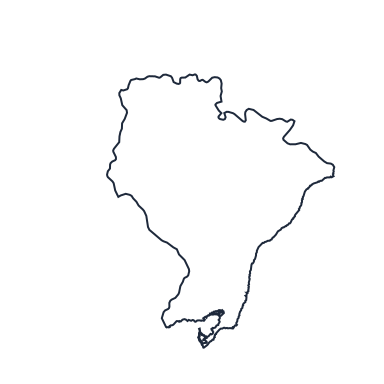 Baní, Peravia, Dominican Republic (Natural Earth projection), rotated 310°
{"feature_id": "3306468B54911085338541", "entity_name": "Baní", "entity_type": "district", "adm_level": 2, "iso_a3": "DOM", "parent_name": "Dominican Republic", "parent_adm1": "Peravia", "projection": "natural_earth1", "projection_center": [-70.434, 18.349], "detail": "fine", "context": "isolated", "style": "outline", "palette": "slate", "viewbox_px": 384, "rotation_deg": 310, "n_neighbors": 0, "source": "geoboundaries", "source_scale": "gbopen_adm2", "svg_char_len": 6023}
<svg xmlns="http://www.w3.org/2000/svg" viewBox="0 0 384 384"><g transform="rotate(310 192 192)"><path d="M71.9,258.9L72.0,259.5L72.3,259.5L73.4,261.3L74.1,261.7L74.5,261.0L75.1,261.0L75.4,261.5L76.3,261.5L76.9,262.3L78.3,263.0L83.2,263.2L84.3,264.5L84.3,265.5L85.2,265.5L85.6,266.6L88.1,266.8L89.7,267.9L90.3,269.2L90.3,271.5L91.9,271.7L92.8,274.1L94.3,274.7L94.8,275.6L94.6,277.7L95.0,278.2L97.0,278.6L98.8,280.7L99.2,281.8L100.1,282.2L101.0,283.9L102.4,283.9L102.6,281.8L105.0,282.4L105.0,283.9L106.8,283.3L107.5,283.9L108.2,283.7L108.6,284.6L109.5,284.6L110.1,285.4L110.4,285.4L110.1,284.8L110.1,284.2L110.4,283.9L111.0,284.6L112.6,284.8L113.3,285.7L114.2,285.7L114.2,286.1L115.7,286.5L117.5,288.4L118.6,288.4L119.5,289.3L120.0,290.8L120.9,291.0L120.8,291.9L118.8,292.1L118.9,292.9L120.4,293.4L119.8,294.2L116.0,293.8L115.5,292.9L115.7,290.4L115.3,290.2L114.9,288.7L113.9,288.0L113.3,287.2L111.7,286.3L111.5,286.9L112.6,287.6L114.6,290.4L114.6,292.1L115.3,292.5L115.3,292.9L114.4,292.9L114.2,293.6L112.9,294.6L111.1,294.6L110.6,296.4L109.9,296.8L107.9,297.0L107.0,297.6L105.5,296.6L103.2,297.0L101.5,295.9L101.3,295.3L99.5,294.9L99.0,295.7L99.3,296.6L98.6,297.2L98.4,298.3L96.8,298.9L95.5,298.5L95.2,297.4L92.1,297.4L90.8,296.8L90.6,295.7L89.9,295.1L90.1,293.4L89.4,293.1L89.4,295.1L89.7,295.3L89.4,295.9L89.7,296.4L89.6,297.0L88.1,296.4L87.9,295.7L86.3,295.5L85.7,295.9L86.7,296.8L86.8,299.1L86.5,299.8L85.6,299.8L85.6,299.4L84.7,299.1L84.1,298.3L82.8,297.9L82.8,297.0L83.6,295.7L84.1,292.9L84.8,291.9L85.0,290.8L86.5,290.6L87.9,289.3L89.0,289.1L89.2,290.6L88.8,291.4L89.2,291.7L89.2,292.3L89.7,292.3L89.9,288.4L92.3,285.7L91.7,285.4L91.0,286.7L89.7,287.8L88.5,288.0L86.5,289.7L84.5,290.2L84.1,291.4L83.2,292.5L83.4,293.4L82.8,293.4L82.7,293.8L82.3,296.1L81.2,297.9L81.2,299.1L80.1,300.6L80.3,301.1L84.7,302.1L87.6,301.9L89.6,302.1L90.1,302.6L92.1,302.6L92.6,303.4L94.6,302.6L95.4,302.8L95.9,301.9L96.8,301.9L97.4,301.3L98.6,301.3L98.8,301.7L99.9,301.3L104.4,301.5L105.9,301.9L106.8,303.0L108.4,303.6L109.0,304.3L109.0,305.1L110.4,306.2L110.6,307.1L112.2,308.6L113.7,311.1L114.2,311.1L113.9,310.1L114.9,310.1L115.7,310.9L117.3,310.7L118.2,311.8L119.1,311.8L119.1,311.1L120.2,310.1L122.0,309.8L123.8,308.6L125.6,308.6L126.7,307.7L128.0,307.7L128.7,306.8L131.1,305.8L133.1,305.6L134.0,304.9L135.6,305.1L137.1,304.1L138.0,304.1L138.2,303.6L139.6,303.2L142.1,303.6L142.9,302.8L144.0,303.0L146.5,301.3L146.9,299.8L147.6,300.4L149.0,299.4L150.1,299.4L150.1,298.9L150.5,299.4L151.4,298.7L152.5,298.9L153.0,298.1L154.3,297.6L154.8,296.8L155.9,296.6L156.7,295.1L157.9,295.1L159.0,293.8L162.5,292.1L162.5,291.7L163.7,290.4L165.0,290.2L165.4,289.3L167.0,288.9L168.4,287.4L170.1,287.2L174.4,284.4L175.7,283.9L176.2,284.4L177.5,284.4L179.0,283.9L179.5,283.3L181.3,283.3L184.6,281.8L185.9,280.7L187.7,280.3L188.6,279.5L192.6,278.4L198.4,278.8L199.1,279.7L200.5,279.9L201.5,280.7L203.3,281.4L204.7,282.9L205.8,282.9L206.7,283.5L208.9,283.1L209.6,283.5L213.2,283.7L217.1,283.1L220.3,284.2L221.9,283.9L223.6,284.6L223.8,285.0L226.3,285.7L226.5,286.1L227.8,286.1L228.8,286.7L230.3,286.5L231.0,287.2L231.9,287.2L235.2,286.3L236.3,286.7L236.8,286.7L237.0,286.3L239.5,286.5L239.7,286.1L241.0,285.7L247.2,285.7L247.7,284.8L249.0,284.8L249.9,284.2L251.9,284.2L253.3,283.5L253.7,282.9L254.6,282.9L255.7,282.2L256.4,281.4L257.7,281.4L257.9,280.7L258.9,280.7L259.5,280.1L260.4,280.1L264.9,278.2L267.7,278.0L269.3,278.8L269.8,278.4L270.9,278.8L272.5,278.4L272.7,278.8L273.1,278.6L274.2,279.2L274.7,279.0L276.7,279.7L280.0,281.8L281.3,282.0L281.4,282.7L283.1,283.1L284.0,284.2L288.3,284.8L288.7,285.4L289.8,285.9L291.8,288.2L292.9,288.4L292.7,288.9L293.0,289.5L294.9,290.2L294.9,289.7L295.9,289.3L296.3,288.4L297.2,288.4L297.6,287.8L298.8,287.4L299.4,286.5L302.5,285.0L303.4,282.3L303.0,280.1L300.9,276.9L300.4,273.6L300.5,266.3L301.5,261.8L300.6,258.5L300.5,255.4L302.0,249.9L301.6,248.0L299.6,243.9L295.1,240.6L291.6,236.5L290.7,233.9L290.8,228.5L291.7,227.3L293.5,226.9L302.4,227.1L308.0,226.6L312.1,225.0L311.9,222.6L311.0,221.1L307.0,219.8L306.4,218.5L305.8,214.3L304.5,212.1L302.6,210.3L297.8,207.4L296.9,206.4L296.1,201.7L294.8,197.5L294.4,186.4L292.2,182.0L289.9,181.2L287.5,181.5L285.7,182.7L281.5,187.1L279.9,187.3L279.3,186.6L278.9,185.2L279.0,174.4L278.7,172.7L276.8,168.4L275.7,167.0L273.2,166.0L270.9,169.7L268.9,170.3L267.4,169.5L265.9,166.6L265.8,165.2L266.1,164.4L266.9,163.8L271.3,163.8L271.6,160.2L273.5,154.3L274.1,153.7L276.3,153.9L280.2,156.5L283.9,152.2L288.2,150.2L290.3,147.6L294.1,145.0L296.2,142.2L296.6,140.1L296.2,138.0L294.5,135.5L292.5,134.0L287.1,133.5L285.5,132.8L285.0,131.6L284.8,128.1L284.0,127.4L282.1,126.7L281.5,125.6L281.9,123.9L284.1,121.0L284.3,119.2L283.9,118.6L281.8,117.4L280.4,114.7L275.4,113.3L273.0,110.6L272.0,110.1L270.9,110.4L267.9,112.8L267.1,112.8L266.1,112.2L265.2,110.6L264.4,107.3L266.7,103.3L267.1,101.4L265.2,96.6L263.3,94.7L259.4,94.0L258.4,93.4L256.8,89.3L253.2,84.8L251.7,83.8L248.6,83.0L247.1,82.1L244.8,79.6L243.1,76.3L241.9,75.8L238.7,73.4L237.5,73.4L233.1,74.8L230.4,76.2L229.1,76.3L225.6,74.1L224.7,72.2L221.1,72.7L219.4,74.2L218.0,77.2L213.7,82.8L212.7,89.3L210.9,91.3L204.7,93.5L199.7,94.3L195.4,97.6L191.9,98.6L188.0,100.7L183.4,104.2L175.0,104.4L173.2,104.9L172.3,105.8L169.9,111.2L168.3,112.6L167.0,112.7L164.0,111.3L161.7,111.1L160.4,111.6L157.2,114.1L153.8,114.2L150.8,115.7L149.9,116.7L149.3,118.0L149.0,124.3L148.4,126.3L143.8,132.2L140.9,138.7L143.5,139.6L148.0,142.4L149.8,146.1L150.2,148.2L149.3,151.1L148.8,155.7L147.3,159.8L147.0,165.6L146.6,167.6L144.3,172.4L136.9,180.8L135.6,183.7L135.5,199.7L135.9,201.8L137.2,205.4L137.6,213.3L138.4,217.2L135.8,222.2L135.1,230.1L131.0,239.1L129.5,240.8L125.7,242.7L123.9,242.6L121.4,241.5L120.1,241.6L117.4,242.7L112.4,243.6L106.6,246.8L104.8,247.3L100.2,247.3L96.5,245.6L94.7,245.3L92.5,245.9L89.5,248.5L88.3,249.0L87.0,248.9L84.0,247.5L81.7,247.5L75.9,250.0L71.9,258.9ZM117.3,289.3L116.2,290.4L116.9,291.2L117.7,291.2L118.0,291.0L117.8,290.6L118.2,289.9L117.3,289.3Z" fill="none" stroke="#1e293b" stroke-width="2"/></g></svg>